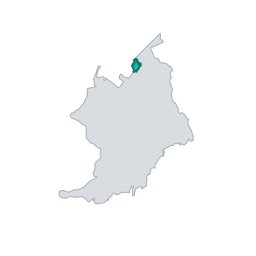 location of Taraira, Vaupés, Colombia, rotated 216°
{"feature_id": "7082276B12935674193542", "entity_name": "Taraira", "entity_type": "district", "adm_level": 2, "iso_a3": "COL", "parent_name": "Colombia", "parent_adm1": "Vaupés", "projection": "natural_earth1", "projection_center": [-69.918, -0.672], "detail": "fine", "context": "in_parent", "style": "filled", "palette": "teal", "viewbox_px": 256, "rotation_deg": 216, "n_neighbors": 0, "source": "geoboundaries", "source_scale": "gbopen_adm2", "svg_char_len": 6681}
<svg xmlns="http://www.w3.org/2000/svg" viewBox="0 0 256 256"><g transform="rotate(216 128 128)"><path d="M144.2,39.0L142.1,40.0L138.0,41.3L135.1,46.7L133.1,47.6L130.7,50.8L129.0,54.7L127.6,62.8L124.0,69.6L124.3,69.9L125.7,69.6L127.1,68.9L127.5,69.1L128.0,70.3L129.6,70.6L130.9,76.1L133.4,78.9L133.6,80.0L133.9,82.3L133.1,83.7L132.8,88.8L133.6,90.0L135.4,90.5L136.6,93.7L137.4,94.4L138.5,94.9L141.2,94.4L146.1,94.9L147.2,94.9L149.9,93.8L153.4,95.1L155.9,95.3L162.9,104.8L163.6,104.6L164.5,105.1L166.2,104.1L167.7,104.0L169.7,104.5L172.3,104.5L177.6,103.5L178.4,102.9L181.3,103.5L182.1,104.2L182.5,106.0L182.2,107.1L181.2,108.2L180.6,109.6L180.5,111.3L180.0,112.6L179.1,113.4L178.7,114.6L178.9,116.2L178.4,123.4L178.8,124.0L179.2,126.9L180.4,130.7L180.9,131.8L182.0,132.7L183.8,135.9L183.4,136.9L178.7,141.9L178.4,143.0L179.3,142.5L180.8,143.0L181.3,144.2L184.8,147.6L184.8,148.9L185.8,151.5L185.6,152.1L188.1,159.4L188.2,161.0L186.1,161.4L186.0,156.5L185.7,155.5L183.4,151.1L183.0,150.7L181.4,151.2L178.9,154.5L177.7,155.0L176.7,154.5L175.7,152.6L175.1,152.2L174.5,153.9L175.3,155.3L164.0,155.3L161.7,154.7L158.7,155.4L158.7,162.9L164.0,163.0L165.5,165.1L165.4,166.8L165.6,167.4L164.3,167.8L162.4,166.6L159.1,168.0L156.7,168.4L156.5,176.6L158.0,178.6L160.8,180.8L161.3,182.3L161.1,183.7L161.7,185.5L162.7,186.4L162.7,187.5L163.2,188.7L157.6,223.5L155.6,221.4L154.8,219.5L153.9,218.7L152.0,219.3L149.9,218.3L156.5,206.5L156.3,205.4L150.8,202.6L150.2,201.8L147.6,200.3L146.2,200.7L145.4,201.5L143.4,201.7L141.8,200.5L139.9,199.7L137.6,201.7L136.9,201.6L135.3,202.5L133.5,202.8L131.2,201.9L129.4,202.6L128.1,202.4L127.6,201.8L126.0,201.1L125.8,200.3L126.3,198.8L125.6,196.0L125.3,195.5L124.1,195.4L122.6,194.4L122.3,193.8L122.6,192.6L122.3,191.6L120.9,189.3L119.0,188.7L117.1,186.8L115.2,186.1L114.3,184.7L113.5,181.6L111.5,179.2L110.1,178.4L109.7,177.3L108.2,177.2L106.3,175.6L105.5,175.5L104.9,176.2L103.1,175.4L101.6,174.3L100.0,174.0L99.0,173.3L97.1,171.0L95.1,170.0L94.0,170.4L93.6,172.0L92.9,172.3L90.6,171.9L90.2,172.2L89.6,172.2L86.8,170.9L84.0,170.5L83.3,167.7L81.5,166.7L80.9,165.4L79.7,165.5L74.9,163.0L72.9,161.3L71.2,160.3L69.5,158.3L69.2,157.5L67.8,156.4L68.5,154.9L70.2,153.8L72.3,154.7L72.6,153.0L71.8,151.4L72.2,148.0L72.7,147.2L73.9,146.5L74.6,146.8L75.1,146.2L76.8,146.5L77.4,146.3L78.7,144.9L79.3,143.8L79.9,143.9L81.3,142.0L81.1,140.2L82.4,139.8L83.8,136.7L84.4,136.6L84.7,135.2L87.2,130.2L86.3,130.7L85.3,130.4L85.5,128.7L85.2,128.5L84.4,129.8L83.7,128.5L83.9,126.3L82.8,126.7L82.9,126.2L84.5,124.6L85.1,120.9L84.6,119.6L84.3,114.0L84.0,112.9L82.7,111.6L84.8,110.0L85.5,108.8L84.6,106.3L83.4,104.2L83.3,103.0L84.1,103.1L84.4,99.7L83.7,98.3L82.8,98.3L80.1,93.2L79.2,92.2L79.9,89.7L80.7,88.6L80.6,86.8L81.1,86.9L82.3,88.6L82.8,88.3L84.6,86.7L84.7,85.2L86.2,83.6L84.1,78.4L83.4,77.6L84.3,75.9L84.7,76.0L85.5,77.7L86.8,78.7L88.7,81.6L89.6,82.3L89.0,82.9L88.8,83.6L89.1,84.0L90.2,84.1L90.6,83.3L90.4,79.8L89.9,78.0L88.9,76.7L89.2,76.2L91.2,75.4L95.3,72.0L96.7,68.8L97.8,67.7L99.0,66.9L100.5,67.1L101.6,66.7L102.0,65.7L101.2,63.5L102.1,60.5L102.1,58.9L102.6,58.0L102.4,57.7L101.0,58.7L102.5,56.6L103.6,53.4L109.5,47.7L113.4,49.0L114.6,48.9L113.0,49.7L112.7,50.5L113.3,51.4L113.9,51.6L114.4,51.0L115.7,47.7L115.9,45.9L116.4,45.2L117.3,45.0L121.0,45.8L124.6,45.5L130.4,40.7L134.8,38.7L135.9,36.7L136.2,35.3L137.0,34.7L137.8,34.7L138.4,33.9L140.4,32.6L142.5,32.5L144.8,33.6L145.9,35.6L146.0,36.9L144.2,39.0ZM76.9,145.9L76.6,146.1L76.1,145.7L75.9,145.1L76.3,144.7L76.7,144.8L76.9,145.9Z" fill="#d9dde1" stroke="#a8b0b8" stroke-width="1"/><path d="M162.8,187.2L162.9,187.3L163.0,187.3L162.9,187.1L163.0,187.0L162.9,187.0L162.9,186.9L162.7,186.8L162.7,186.7L162.8,186.8L162.8,186.7L163.0,186.6L162.9,186.6L163.0,186.5L163.0,186.4L162.8,186.5L162.8,186.3L162.7,186.4L162.5,186.1L162.4,186.0L162.3,185.9L162.2,185.9L162.1,185.6L161.9,185.6L161.9,185.4L162.0,185.3L161.9,185.2L162.0,185.2L161.9,185.2L161.9,184.9L161.7,184.9L161.7,184.7L161.6,184.8L161.6,184.7L161.4,184.6L161.5,184.5L161.6,184.4L161.5,184.2L161.5,184.3L161.4,184.3L161.4,184.1L161.3,183.9L161.2,184.0L161.2,183.9L161.1,183.6L160.9,183.5L161.0,183.4L160.9,183.4L161.0,183.4L161.0,183.2L161.1,183.3L161.1,183.2L161.2,182.9L161.3,182.9L161.3,182.7L161.4,182.4L161.6,182.3L161.5,182.2L161.5,182.3L161.4,182.2L161.5,182.2L161.4,182.2L161.5,182.1L161.4,182.0L161.3,181.9L161.1,181.8L161.2,181.6L161.3,181.4L161.2,181.4L161.3,181.3L161.2,181.3L161.2,181.2L161.1,180.9L161.1,180.7L160.9,180.7L160.7,180.5L160.6,180.3L160.4,180.3L160.3,180.2L160.2,180.3L160.3,180.2L160.2,180.2L159.9,180.1L159.8,179.8L159.7,179.9L159.7,179.7L159.4,179.5L159.5,179.5L159.4,179.5L159.3,179.4L159.2,179.4L158.9,179.3L158.9,179.1L158.8,178.9L158.5,178.9L158.4,178.8L158.0,178.7L157.9,178.5L157.8,178.4L157.7,178.2L157.4,177.8L157.3,177.7L157.2,177.6L156.9,177.4L156.7,177.2L156.6,176.9L156.7,176.7L156.8,176.4L156.6,176.4L156.2,176.7L156.2,176.8L156.3,177.0L156.1,177.3L155.9,177.4L155.7,177.5L155.4,177.7L155.5,177.8L155.8,177.9L155.8,178.0L155.9,178.3L155.7,178.6L155.3,178.7L155.4,178.8L155.2,178.8L155.1,178.7L154.8,178.6L154.9,178.8L154.9,179.0L154.7,179.0L154.8,179.1L154.7,179.2L154.8,179.2L154.7,179.3L154.8,179.3L155.0,179.3L155.0,179.1L155.3,179.2L155.2,179.3L155.2,179.5L154.9,179.6L154.9,179.8L154.7,180.0L154.8,180.1L155.0,180.0L155.2,180.3L155.1,180.5L154.9,180.4L154.6,180.7L154.3,180.9L154.0,181.4L154.0,181.6L154.1,181.8L154.2,181.7L154.2,181.4L154.3,181.4L154.6,181.6L154.6,181.8L154.6,182.1L154.7,182.3L154.6,182.5L154.6,183.1L154.7,183.4L154.8,183.5L154.7,183.6L154.3,183.6L154.3,183.8L154.3,184.1L154.3,184.3L154.7,184.5L155.0,185.2L155.0,185.3L154.7,185.4L154.6,185.7L154.5,185.8L154.4,185.7L154.2,186.0L154.6,186.6L154.8,186.7L155.0,186.4L155.2,186.2L155.3,186.3L155.2,186.6L155.0,186.8L155.0,187.0L155.5,187.3L155.5,187.6L155.6,187.8L156.0,187.7L156.1,187.4L156.4,186.9L156.4,186.7L156.2,186.6L155.9,186.7L155.9,186.3L156.2,186.0L156.4,185.9L156.5,185.9L156.7,186.2L156.8,186.2L157.0,186.1L157.0,185.9L157.0,185.7L157.2,185.8L157.1,186.1L157.6,186.1L157.8,185.9L158.1,186.0L157.7,186.4L157.7,186.5L157.8,186.7L157.8,186.8L157.6,187.0L157.5,187.4L157.6,187.5L157.8,187.6L158.1,187.4L158.4,187.4L158.5,187.3L158.7,186.9L158.8,186.8L159.0,186.8L159.4,187.5L159.5,187.6L159.8,187.5L159.8,187.4L159.7,187.3L159.5,187.2L159.5,186.9L159.8,186.9L160.1,186.9L160.2,187.1L160.4,187.4L160.7,187.8L160.7,188.0L160.6,187.9L160.4,187.8L160.4,188.2L160.4,188.8L160.5,189.0L160.8,188.9L160.8,188.4L161.0,188.3L161.2,188.1L161.4,188.2L161.5,188.7L161.8,188.7L162.1,188.9L162.3,188.9L162.5,188.7L162.4,188.3L162.3,188.2L162.5,188.1L162.5,187.6L162.6,187.3L162.8,187.2Z" fill="#14b8a6" stroke="#0f766e" stroke-width="1.5"/></g></svg>